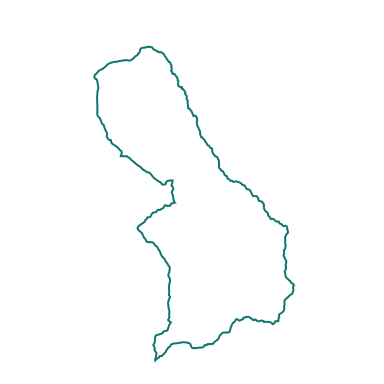 the district of Labateca, Norte de Santander, Colombia, rotated 344°
{"feature_id": "7082276B68163491076409", "entity_name": "Labateca", "entity_type": "district", "adm_level": 2, "iso_a3": "COL", "parent_name": "Colombia", "parent_adm1": "Norte de Santander", "projection": "robinson", "projection_center": [-72.516, 7.278], "detail": "fine", "context": "isolated", "style": "outline", "palette": "teal", "viewbox_px": 384, "rotation_deg": 344, "n_neighbors": 0, "source": "geoboundaries", "source_scale": "gbopen_adm2", "svg_char_len": 6070}
<svg xmlns="http://www.w3.org/2000/svg" viewBox="0 0 384 384"><g transform="rotate(344 192 192)"><path d="M235.0,340.9L235.9,339.6L236.5,339.3L237.5,339.3L238.9,340.0L239.5,339.7L240.3,337.4L241.5,336.1L241.7,334.3L242.1,333.8L242.7,333.4L243.9,333.2L246.6,332.1L247.8,331.1L248.6,329.5L248.9,327.3L250.0,325.6L250.6,322.8L251.4,321.5L252.1,320.9L256.5,319.0L257.5,318.1L260.3,317.5L262.4,314.3L263.0,310.9L264.3,310.0L264.1,308.8L262.2,306.2L261.7,304.2L260.8,303.4L258.8,299.7L259.1,294.5L259.5,293.6L261.3,291.5L261.6,290.2L261.7,288.5L263.5,285.0L263.5,283.6L263.0,282.3L263.0,280.5L262.4,279.1L262.5,278.1L263.7,276.4L264.3,273.5L264.7,272.9L265.8,272.4L266.7,270.6L267.5,268.3L267.6,265.8L268.7,263.5L268.7,262.0L269.3,260.8L271.5,258.3L272.7,257.9L273.0,257.5L273.4,256.0L273.2,254.1L273.7,252.7L273.6,251.6L273.3,250.8L272.9,250.3L270.5,250.0L269.0,247.5L267.6,246.4L267.2,245.6L267.3,244.4L265.1,243.9L262.9,240.5L262.1,240.0L260.7,239.9L260.2,239.5L259.8,237.5L258.8,235.7L259.1,233.2L256.9,229.6L256.8,229.0L256.8,226.9L257.2,225.3L257.6,224.5L257.5,222.8L256.5,220.5L253.8,218.9L253.8,216.3L253.2,214.1L252.5,213.7L249.8,212.9L249.0,211.2L248.9,208.9L248.0,205.9L246.9,205.0L245.7,204.6L245.4,204.3L244.3,200.3L243.7,199.7L242.3,199.0L241.7,197.4L240.7,196.2L237.6,194.0L234.6,193.7L233.3,192.0L231.8,191.7L231.1,189.9L229.9,188.8L229.8,186.4L228.7,185.5L228.1,184.7L228.2,184.1L227.9,183.5L227.9,182.5L227.5,180.8L227.2,180.4L226.4,180.0L226.3,179.4L224.8,176.6L224.8,175.0L225.8,172.7L225.8,171.7L226.5,169.4L226.2,168.2L226.2,166.5L225.3,164.8L224.2,164.1L224.2,163.5L223.2,162.0L222.7,159.9L222.7,158.5L222.7,157.8L223.3,156.4L223.2,155.7L221.7,154.5L221.2,152.5L219.7,151.0L219.6,149.4L218.9,147.9L218.7,146.1L217.1,143.2L217.0,142.4L215.8,141.7L215.8,138.9L215.9,138.0L216.3,137.1L216.3,134.9L215.9,133.2L215.9,131.8L215.3,129.8L215.8,126.2L216.9,124.4L216.8,123.5L217.3,122.4L216.8,121.2L216.9,120.4L216.7,120.1L215.4,119.2L214.4,119.4L213.7,114.0L213.2,113.1L212.8,111.6L211.3,110.2L212.0,108.4L212.3,105.1L213.1,103.3L212.6,101.8L212.9,99.6L213.4,98.4L213.2,97.6L212.7,96.8L212.4,95.6L213.1,94.5L213.0,93.9L211.8,90.6L210.7,90.0L211.1,88.9L211.1,88.3L209.8,88.0L209.2,87.3L208.7,87.0L208.1,86.1L208.2,84.9L209.5,81.6L208.9,80.4L209.3,79.6L209.2,77.3L208.2,75.5L207.8,73.9L207.0,73.3L206.2,73.4L205.8,73.0L205.7,72.6L206.1,71.5L205.4,70.0L205.5,69.2L206.2,68.6L206.8,67.0L206.5,66.0L207.1,64.6L206.8,63.2L206.9,61.9L206.5,61.2L205.7,60.6L205.0,58.7L204.5,57.9L204.3,56.0L203.3,53.9L203.2,52.1L202.0,50.7L201.9,50.0L201.3,49.4L200.4,48.9L199.8,48.9L198.9,48.6L198.5,48.0L197.3,47.4L197.1,46.7L194.4,44.4L193.5,42.0L191.8,40.8L190.0,40.6L188.8,40.1L187.9,40.4L183.7,39.7L182.4,40.0L181.4,40.7L180.9,42.4L179.5,43.7L178.4,44.1L177.8,45.1L174.9,46.0L172.2,47.6L170.0,48.4L167.7,48.4L166.2,47.5L162.6,46.5L161.5,46.7L158.1,46.0L155.8,46.2L153.8,45.5L150.3,45.4L147.3,45.7L145.9,46.2L142.3,48.1L139.9,49.0L135.6,49.8L132.7,51.9L131.1,52.5L129.8,54.3L129.8,55.6L130.1,56.3L131.4,57.5L131.5,59.6L130.8,65.5L130.5,66.7L128.9,69.2L128.4,70.6L126.8,75.0L124.3,84.8L122.4,91.0L122.3,93.0L123.8,95.6L124.4,101.7L125.6,103.3L125.6,106.6L126.5,112.1L126.3,113.3L125.5,114.6L125.2,115.4L125.9,116.8L126.0,118.0L126.9,119.2L128.3,119.7L128.0,121.6L128.3,123.1L131.8,127.3L133.6,130.2L134.2,131.8L135.4,133.2L135.4,134.3L135.1,135.4L133.4,137.9L138.2,139.4L138.7,139.3L141.4,142.3L142.8,144.9L144.9,147.8L146.4,150.3L149.5,154.0L149.8,154.9L150.9,156.3L151.2,157.4L152.5,158.2L153.3,159.6L154.1,160.5L155.6,161.0L156.9,162.3L159.2,168.0L163.1,172.9L164.4,173.9L165.4,176.4L166.0,176.9L168.4,177.3L169.0,176.8L169.9,175.3L171.0,174.7L173.6,174.8L176.5,175.5L176.1,176.7L174.1,180.1L175.1,183.0L174.8,184.0L174.5,184.5L173.3,185.4L172.6,186.3L172.4,187.1L172.7,190.3L172.0,194.7L172.3,196.2L172.1,197.0L172.4,197.5L171.0,197.3L169.0,197.5L168.3,197.9L167.4,199.1L166.8,199.2L166.0,198.8L164.5,198.7L162.9,197.4L162.3,197.3L159.5,199.7L158.4,199.7L157.7,200.0L155.9,200.3L154.6,199.8L154.0,199.8L153.6,200.0L152.5,201.1L151.6,201.4L148.7,201.1L146.6,202.6L145.8,203.8L144.8,204.4L144.1,204.5L142.2,204.1L140.9,205.5L139.4,206.1L138.6,207.2L137.6,207.9L131.5,209.9L130.4,211.1L129.8,211.3L129.7,212.6L129.9,213.7L132.4,217.5L133.1,220.8L133.1,222.1L134.3,224.6L134.4,226.6L134.7,227.3L137.2,228.6L139.5,229.1L140.6,229.9L141.1,230.7L141.9,233.5L143.1,234.6L143.8,236.9L143.9,238.1L144.3,238.7L144.8,240.9L144.9,243.5L145.5,245.9L147.3,249.1L147.3,250.6L148.7,254.2L148.8,255.4L149.8,258.2L149.8,258.8L147.9,263.1L147.0,263.9L146.3,265.7L146.2,267.1L146.8,268.6L146.7,270.3L146.1,272.1L145.3,273.3L143.7,276.7L143.2,278.3L142.6,282.1L141.5,284.3L141.4,284.9L142.0,286.3L141.9,286.9L140.2,289.0L139.1,290.6L138.3,292.4L137.5,297.5L137.4,300.7L136.4,303.1L135.6,306.4L133.8,308.3L134.0,309.3L135.1,310.4L135.7,311.7L135.0,311.9L133.5,313.5L130.1,318.4L127.1,318.1L126.3,318.3L125.2,318.9L124.5,319.7L118.0,319.9L117.1,320.5L116.1,322.4L114.8,326.1L114.2,327.0L112.7,328.2L113.2,331.8L112.4,333.8L113.5,337.0L111.4,341.4L110.6,342.4L110.3,343.7L112.3,342.6L114.6,342.0L115.8,340.8L117.7,341.4L119.1,340.4L120.5,339.9L121.7,339.0L122.6,338.6L123.3,337.6L126.4,335.0L128.4,334.4L129.6,333.2L130.4,332.7L132.6,332.6L135.5,333.2L142.0,333.9L145.2,335.1L147.6,336.6L148.5,337.7L148.7,340.8L149.1,341.8L150.4,342.6L151.5,342.6L152.8,343.3L154.4,343.3L159.4,344.3L160.3,344.1L162.4,342.6L163.1,343.2L164.4,343.1L164.9,342.6L165.3,343.0L166.6,342.7L167.7,343.4L169.0,343.2L170.1,343.8L172.4,342.3L176.0,341.0L177.2,340.1L178.6,338.2L181.9,336.0L183.5,335.7L188.1,337.1L189.7,336.8L192.0,332.8L194.5,329.8L195.1,329.3L197.4,328.3L199.3,326.5L200.3,326.7L200.8,327.1L201.6,328.4L202.4,328.8L203.9,328.4L205.8,328.4L206.3,327.4L207.2,327.0L208.5,327.3L209.2,327.0L211.8,327.5L213.8,329.3L215.0,331.5L215.8,331.7L216.1,332.3L216.4,332.3L216.7,331.8L217.1,331.8L218.2,332.5L219.1,334.0L220.9,334.8L223.8,334.8L225.2,335.9L225.3,336.8L226.2,336.8L227.0,337.2L228.6,337.5L231.3,338.7L232.5,339.9L232.9,341.1L233.2,341.4L235.0,340.9Z" fill="none" stroke="#0f766e" stroke-width="2"/></g></svg>